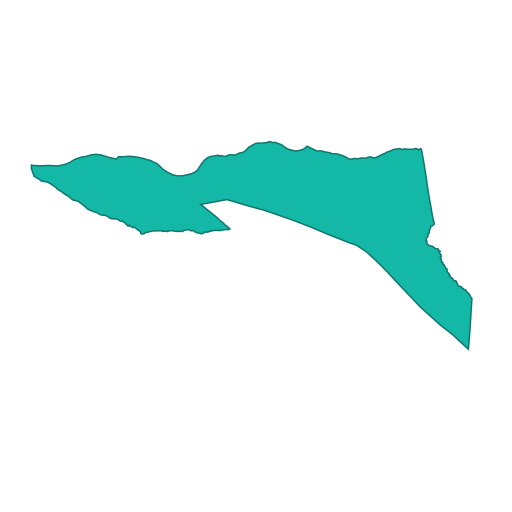 Bomongo, Équateur, Democratic Republic of the Congo, rotated 79°
{"feature_id": "63176286B36806520086654", "entity_name": "Bomongo", "entity_type": "district", "adm_level": 2, "iso_a3": "COD", "parent_name": "Democratic Republic of the Congo", "parent_adm1": "Équateur", "projection": "albers", "projection_center": [18.302, 0.781], "detail": "fine", "context": "isolated", "style": "filled", "palette": "teal", "viewbox_px": 512, "rotation_deg": 79, "n_neighbors": 0, "source": "geoboundaries", "source_scale": "gbopen_adm2", "svg_char_len": 4769}
<svg xmlns="http://www.w3.org/2000/svg" viewBox="0 0 512 512"><g transform="rotate(79 256 256)"><path d="M184.2,402.8L185.6,401.1L186.8,398.7L187.0,397.0L188.6,394.3L190.7,392.4L191.6,391.2L192.0,390.4L192.7,387.0L193.5,384.9L196.0,382.4L196.1,381.2L196.6,380.2L197.5,379.6L197.8,379.1L198.1,378.6L198.7,378.1L199.8,377.7L201.7,376.2L202.2,375.8L202.3,375.4L201.6,374.5L202.3,374.5L203.5,372.7L204.5,371.6L204.7,370.7L204.6,369.9L205.0,369.2L206.5,368.3L209.6,365.2L210.4,364.9L211.8,364.8L212.7,364.0L212.7,361.2L212.1,360.4L211.6,358.9L211.7,358.6L211.8,358.4L212.2,358.2L211.9,357.2L211.9,356.6L211.7,352.5L213.2,344.0L214.1,342.7L214.4,340.0L215.1,338.6L214.9,338.1L214.8,336.4L215.0,333.9L216.4,330.4L217.9,323.3L217.7,323.0L217.1,321.1L217.0,319.7L217.2,318.4L217.4,317.1L217.7,316.4L218.5,315.5L219.0,314.4L219.1,312.8L219.5,312.3L220.6,311.6L221.2,310.2L222.3,309.1L222.7,307.2L223.6,305.8L223.8,304.8L223.7,303.7L223.4,302.9L222.8,301.4L222.8,301.0L222.9,300.7L223.3,299.6L223.1,298.3L223.3,297.7L222.8,296.3L223.0,295.2L222.8,294.3L223.1,291.1L223.2,290.0L224.0,287.3L224.2,285.8L224.1,283.6L224.3,279.6L224.9,278.3L224.8,277.2L224.4,276.5L223.3,277.2L222.9,277.5L220.4,279.6L219.8,280.3L219.2,280.9L218.0,281.3L213.4,285.3L212.8,285.6L212.6,285.7L211.2,286.6L194.8,300.4L195.1,273.7L206.6,251.7L212.3,239.8L226.7,214.9L237.2,198.1L249.5,179.6L261.0,161.6L264.4,155.6L272.7,147.0L285.1,137.9L296.9,130.0L305.5,124.7L313.2,119.9L330.4,108.9L337.4,104.5L358.7,88.5L371.1,77.7L377.8,72.9L388.1,65.3L367.6,59.6L339.1,52.2L336.8,53.2L335.2,53.6L334.4,53.8L331.2,56.0L329.9,56.2L329.3,56.8L328.8,57.9L327.5,58.7L326.5,60.1L325.7,60.1L324.8,61.3L324.4,62.4L323.5,63.4L321.9,63.5L320.8,64.1L319.2,64.1L318.4,65.0L318.8,65.9L318.5,66.2L315.8,67.3L314.7,68.1L313.8,69.3L312.6,69.2L312.1,69.8L311.2,69.9L310.9,69.5L309.4,70.4L308.4,71.1L307.8,71.4L306.8,71.3L306.0,70.9L305.5,70.9L304.6,71.5L304.6,71.9L304.2,72.2L303.0,72.2L302.3,72.7L302.0,72.9L300.8,72.9L299.9,74.0L299.1,74.1L298.5,73.8L298.0,74.1L297.8,74.8L297.3,74.9L297.0,74.5L296.4,74.9L295.0,74.9L294.6,75.2L293.6,74.8L293.1,75.6L292.6,74.9L292.1,74.8L291.5,74.2L290.8,74.5L290.3,74.3L289.9,74.1L289.5,74.6L288.8,75.0L287.2,75.4L286.9,75.2L286.6,74.4L285.7,75.5L284.3,75.6L283.4,76.5L283.2,78.1L282.8,78.6L280.7,80.3L280.5,80.8L280.1,81.0L279.5,82.5L278.6,84.4L277.8,84.7L277.1,85.5L276.8,85.8L276.1,86.1L275.3,85.5L274.6,85.5L274.1,85.9L273.2,85.6L272.9,86.0L272.7,86.2L270.7,85.1L270.0,84.0L269.9,83.8L269.3,83.4L267.7,82.9L267.2,83.0L266.6,81.8L266.1,81.4L264.8,81.2L264.1,80.7L263.1,80.5L261.8,79.2L260.3,79.0L259.9,78.6L260.1,77.7L259.8,76.6L258.7,75.0L258.3,74.9L256.8,74.8L254.4,75.1L250.8,75.1L246.7,75.1L240.3,74.9L230.8,74.8L217.2,74.3L213.4,74.0L193.9,73.4L184.5,73.3L183.7,73.2L183.5,73.3L182.0,73.8L182.7,76.2L181.7,77.2L180.9,78.9L181.2,81.8L180.8,83.4L180.3,86.2L179.2,89.6L179.2,92.9L178.0,94.3L177.7,98.5L177.7,101.1L178.6,104.1L178.9,107.0L178.9,107.3L180.0,110.4L180.1,111.7L181.5,116.3L182.3,120.2L182.1,122.2L180.8,123.8L180.4,127.0L180.9,129.5L180.4,132.0L179.8,133.5L180.0,135.1L179.8,138.4L178.9,141.1L179.2,144.0L178.9,145.1L178.0,146.7L174.7,150.7L173.3,153.1L172.6,154.3L171.8,155.7L170.9,158.0L170.6,159.3L170.2,161.4L169.4,163.0L168.9,163.4L167.0,168.4L165.3,171.7L164.7,174.8L164.6,176.1L158.0,184.9L159.8,188.1L160.3,189.8L160.6,193.0L160.6,194.8L160.3,197.4L160.2,198.1L158.3,201.8L158.2,202.5L156.1,205.5L151.2,210.2L150.9,211.0L148.4,215.1L147.9,216.2L147.8,218.4L146.8,219.5L146.2,221.2L146.7,223.4L146.5,226.3L146.2,229.0L145.5,232.7L145.5,235.2L147.9,242.5L149.0,243.9L150.6,246.3L151.2,247.5L151.7,249.2L151.8,250.9L151.8,252.8L153.0,257.1L151.5,262.5L152.4,267.4L151.5,269.7L150.9,270.7L150.8,272.2L149.8,274.5L149.7,281.8L150.1,284.5L150.5,285.1L151.7,287.8L153.9,290.4L154.5,291.3L159.4,296.0L160.4,296.9L161.8,299.5L162.1,300.3L162.4,301.3L162.9,303.9L163.3,312.7L162.9,313.9L162.9,315.6L161.9,319.1L160.1,322.7L157.7,325.7L157.2,326.6L153.0,330.9L149.7,333.1L147.0,335.1L145.4,336.8L145.1,337.5L141.8,341.8L140.6,344.8L138.9,347.7L138.6,348.3L136.6,352.8L134.8,358.1L133.8,362.4L133.3,366.6L133.3,366.8L133.2,368.3L132.2,371.8L134.2,374.5L130.6,382.7L129.4,384.8L127.2,388.9L125.6,393.9L125.3,398.3L125.7,403.1L125.9,404.6L125.6,407.3L125.7,409.8L126.8,416.1L128.7,421.0L128.9,421.7L129.0,422.8L129.5,424.9L129.8,432.2L129.5,434.7L128.0,440.5L127.7,441.4L126.3,450.6L124.9,456.4L123.9,459.1L127.4,459.8L133.9,458.8L135.4,458.6L139.8,453.7L141.4,452.5L143.5,446.9L145.8,444.0L146.1,443.7L151.0,438.9L152.8,438.0L156.0,434.4L158.3,432.4L159.6,431.0L162.2,428.2L165.3,425.8L166.2,424.8L167.7,421.3L168.4,420.1L172.0,416.9L174.7,414.5L176.7,413.1L177.4,412.7L178.8,411.1L181.4,407.2L183.2,403.6L184.2,402.8Z" fill="#14b8a6" stroke="#0f766e" stroke-width="1.5"/></g></svg>